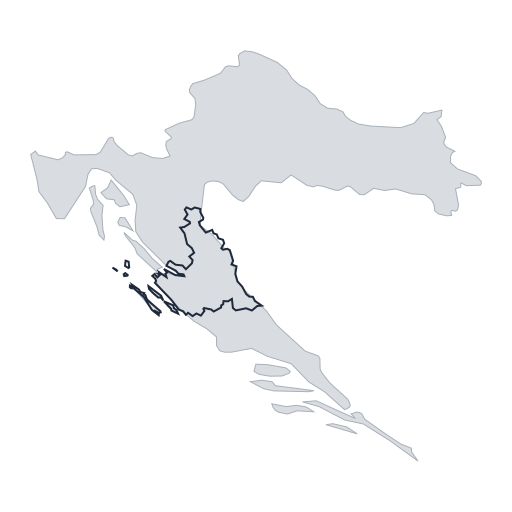 where Zadarska sits in Croatia
{"feature_id": "HRV-1493", "entity_name": "Zadarska", "entity_type": "County", "adm_level": 1, "iso_a3": "HRV", "parent_name": "Croatia", "parent_adm1": "", "projection": "equal_earth", "projection_center": [15.553, 44.407], "detail": "medium", "context": "in_parent", "style": "outline", "palette": "slate", "viewbox_px": 512, "rotation_deg": 0, "n_neighbors": 0, "source": "natural_earth", "source_scale": "10m", "svg_char_len": 5531}
<svg xmlns="http://www.w3.org/2000/svg" viewBox="0 0 512 512"><path d="M35.4,151.1L38.2,155.0L58.3,159.8L62.7,157.7L65.4,154.5L65.4,152.4L67.1,151.8L74.2,154.9L95.9,154.6L100.3,152.2L108.6,138.4L111.2,137.2L113.0,137.8L114.2,141.8L117.4,145.7L128.3,154.9L132.4,156.0L136.5,153.5L140.6,152.7L152.5,157.6L162.6,158.5L170.1,156.0L166.4,148.6L165.8,144.9L166.3,141.6L171.4,138.3L171.2,136.9L165.0,131.2L165.3,129.7L178.9,123.3L191.9,119.7L194.0,116.9L195.7,105.0L195.0,98.6L189.7,92.6L189.4,89.6L190.7,86.4L192.7,83.6L204.0,80.3L220.4,73.3L225.4,66.9L228.4,65.8L237.6,66.7L239.6,65.1L238.3,55.8L239.9,53.5L244.7,50.9L252.8,51.9L259.5,54.3L277.2,62.4L286.6,70.0L291.9,78.4L299.0,84.9L307.9,89.6L315.0,95.8L320.3,103.7L327.6,108.2L337.0,109.1L343.0,111.9L345.5,116.3L350.7,120.4L358.4,124.0L370.4,126.0L400.5,127.7L413.8,123.5L423.7,112.5L428.0,113.3L441.9,110.1L441.1,116.6L437.0,119.6L441.4,126.3L445.6,137.3L443.5,142.8L446.3,147.0L454.8,151.3L452.5,152.5L450.6,156.1L450.5,162.7L457.4,168.9L475.7,175.7L481.2,181.2L481.3,183.6L480.3,185.2L466.4,185.7L461.0,182.9L460.6,187.3L455.5,188.7L458.6,205.0L457.6,209.7L455.7,211.2L451.8,210.4L450.7,211.9L451.7,215.4L446.7,215.8L438.6,214.0L434.8,210.8L434.0,204.6L431.4,199.7L424.9,194.7L411.5,193.8L395.8,189.0L384.5,190.5L373.7,188.3L364.4,194.7L359.7,194.6L350.2,186.6L347.4,186.1L339.2,190.2L335.9,190.4L322.1,186.1L317.1,185.4L313.5,186.9L306.9,185.3L291.0,174.9L281.3,182.8L261.3,180.8L255.4,186.3L248.7,196.6L243.2,201.5L238.4,199.7L232.7,195.2L222.8,183.5L217.8,181.4L212.1,180.9L207.1,182.2L204.4,184.6L200.6,216.7L200.5,225.7L211.6,234.1L224.6,248.5L228.8,250.2L230.9,254.9L237.4,280.8L244.1,289.9L266.6,311.1L276.2,324.7L305.2,351.1L317.9,355.8L319.9,358.3L320.1,368.6L321.5,372.4L330.1,383.2L347.6,399.1L349.6,402.8L350.2,405.4L349.1,407.5L344.6,409.7L324.6,391.8L308.9,382.0L291.2,363.7L267.6,356.4L251.6,348.4L231.2,352.2L224.6,352.2L219.9,350.8L216.6,345.8L216.5,337.0L207.1,329.0L194.3,321.4L182.3,311.6L158.1,285.1L153.2,276.6L165.7,273.4L180.1,275.1L164.6,263.9L142.4,242.0L135.8,231.6L135.1,220.5L136.8,205.2L132.8,194.3L115.8,180.2L109.6,172.8L97.1,168.4L91.5,168.8L88.0,174.3L85.5,186.5L64.5,218.7L56.4,218.6L47.5,203.2L38.9,191.6L37.0,179.4L30.7,154.5L35.4,151.1ZM411.4,448.2L411.6,452.0L418.0,461.1L389.8,440.6L363.4,424.0L344.7,420.0L319.1,406.6L302.5,401.9L316.1,400.8L355.5,418.6L351.1,413.9L356.7,412.0L361.5,413.3L364.7,419.2L386.9,434.9L401.1,444.2L411.4,448.2ZM104.5,236.3L103.9,240.1L99.2,235.2L96.9,226.5L91.1,212.3L90.4,208.3L93.5,204.4L93.3,200.4L89.3,188.0L92.8,186.0L94.8,185.7L95.6,194.3L97.5,199.3L103.1,205.3L101.9,215.4L102.9,229.7L104.5,236.3ZM129.4,204.7L119.9,206.8L115.4,203.0L114.3,199.8L106.5,198.8L100.9,192.6L107.6,187.8L111.2,180.0L124.0,195.9L129.4,204.7ZM282.1,376.0L269.9,376.2L259.2,374.4L254.0,371.3L255.9,364.2L267.8,364.7L285.9,367.9L290.3,371.5L289.0,373.2L282.1,376.0ZM314.0,390.7L308.6,391.7L274.0,390.9L263.9,388.8L250.4,381.7L261.6,380.2L272.1,381.7L275.3,385.7L314.0,390.7ZM158.3,268.7L156.3,271.4L137.1,253.7L134.9,247.8L125.4,235.8L124.0,232.5L132.7,240.4L136.0,241.2L144.3,248.8L152.5,258.7L162.3,267.3L158.3,268.7ZM271.8,403.8L286.2,406.6L296.8,405.3L306.3,407.0L313.7,411.8L297.3,410.8L287.5,414.0L278.7,412.3L275.4,410.2L273.1,407.5L271.8,403.8ZM158.2,310.2L159.2,312.7L154.1,311.7L135.3,289.8L133.3,285.5L140.0,290.6L158.2,310.2ZM125.0,217.8L132.9,230.8L125.6,226.8L119.2,225.3L117.8,222.3L120.1,217.5L125.0,217.8ZM346.6,426.9L357.3,433.9L326.0,424.7L332.8,423.7L346.6,426.9ZM172.4,305.0L177.4,312.5L172.6,311.0L167.5,306.3L164.5,301.3L172.4,305.0ZM161.5,296.1L162.7,299.7L153.1,293.0L148.8,286.6L161.5,296.1Z" fill="#d9dde1" stroke="#a8b0b8" stroke-width="1"/><path d="M200.3,208.9L200.3,212.1L203.3,217.8L203.0,219.6L198.9,222.0L199.9,225.4L205.8,232.6L212.2,229.9L213.5,233.3L216.8,234.5L218.4,238.3L223.0,239.8L224.2,243.3L221.3,248.2L222.9,249.7L227.3,248.8L229.8,250.1L233.1,260.7L231.5,264.5L236.5,266.3L235.3,274.0L237.5,281.5L242.2,286.6L246.2,294.1L249.3,296.6L252.9,296.8L254.9,301.0L261.7,305.6L257.3,306.0L251.9,310.5L246.1,308.3L235.8,310.4L232.9,308.0L231.9,298.9L228.1,301.3L223.5,301.1L223.2,304.2L221.2,305.4L221.1,307.5L213.7,311.5L211.2,309.5L204.1,308.0L203.4,308.9L204.4,310.9L200.9,315.6L196.4,313.5L192.6,316.1L188.1,312.8L185.9,314.8L183.2,311.3L178.8,309.6L171.3,299.8L154.9,282.8L156.1,281.0L155.5,278.8L152.3,275.9L154.6,274.0L157.4,277.3L159.8,275.0L158.0,273.7L159.7,273.7L159.0,272.1L166.5,277.2L165.5,273.7L167.1,272.4L163.9,269.0L175.3,275.1L184.3,276.2L183.5,274.4L178.4,273.7L175.7,270.6L166.4,265.8L168.5,261.8L170.3,260.9L175.5,264.7L182.5,265.5L185.9,269.2L191.9,263.3L192.6,260.1L189.3,256.5L194.1,252.8L191.8,248.1L187.1,244.1L184.5,233.4L180.2,227.6L184.3,227.0L190.0,223.4L189.8,221.9L184.3,219.0L187.5,214.5L184.8,209.6L186.4,207.4L191.4,209.5L194.6,207.5L200.3,208.9ZM146.9,299.7L160.4,311.2L160.7,312.3L158.7,312.9L153.9,310.3L158.8,313.8L158.7,315.2L151.9,309.9L143.9,297.1L133.7,288.3L132.1,284.8L139.0,289.6L140.2,292.0L144.3,293.1L143.7,294.4L145.4,295.1L146.9,299.7ZM171.2,308.9L163.9,301.3L173.3,305.4L173.9,308.2L176.6,310.2L178.1,313.7L171.4,310.5L171.2,308.9ZM163.3,300.6L160.9,297.3L158.3,297.6L153.1,293.1L149.0,288.9L148.5,286.1L161.1,295.7L163.3,300.6ZM128.6,261.7L129.2,267.3L128.4,268.0L125.0,265.9L125.6,260.7L128.6,261.7ZM125.2,273.1L127.7,275.0L127.5,275.6L124.3,276.1L123.7,274.3L125.2,273.1ZM112.5,267.6L116.3,269.7L117.6,271.4L112.5,267.6ZM130.0,285.5L133.6,288.3L131.0,288.2L129.8,287.0L130.0,285.5Z" fill="none" stroke="#1e293b" stroke-width="2"/></svg>